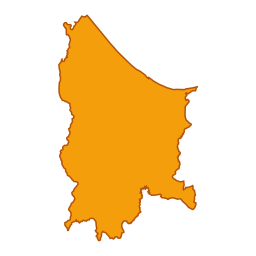 outline of Thepha, Songkhla, Thailand
{"feature_id": "78962969B41607332504146", "entity_name": "Thepha", "entity_type": "district", "adm_level": 2, "iso_a3": "THA", "parent_name": "Thailand", "parent_adm1": "Songkhla", "projection": "equal_earth", "projection_center": [100.93, 6.797], "detail": "fine", "context": "isolated", "style": "filled", "palette": "amber", "viewbox_px": 256, "rotation_deg": 0, "n_neighbors": 0, "source": "geoboundaries", "source_scale": "gbopen_adm2", "svg_char_len": 5786}
<svg xmlns="http://www.w3.org/2000/svg" viewBox="0 0 256 256"><path d="M61.0,160.0L61.8,160.8L61.7,162.1L62.1,162.9L61.9,164.0L62.1,164.8L63.2,166.4L63.7,167.7L65.5,169.1L65.7,171.2L66.1,172.3L66.9,172.9L67.5,175.4L69.7,176.4L70.2,177.3L71.7,178.6L71.9,179.5L74.2,181.6L76.6,181.7L77.5,182.3L78.0,183.4L78.0,184.1L77.6,184.9L73.9,189.4L73.8,190.7L72.4,191.8L71.9,192.7L71.9,193.3L72.3,194.9L74.2,196.9L74.8,199.0L73.4,201.8L71.6,203.2L70.8,205.1L68.8,208.7L68.7,209.6L69.0,210.3L70.4,211.6L70.8,212.5L71.2,215.3L70.5,216.7L70.2,219.5L69.5,220.2L68.1,220.5L66.5,222.0L64.9,222.7L64.9,225.1L67.2,228.2L67.5,229.0L67.6,230.3L67.8,230.5L68.4,230.3L69.0,228.1L70.0,226.6L70.5,225.1L71.5,224.4L71.7,222.7L74.8,221.4L76.3,220.0L76.7,221.5L78.2,221.3L79.1,222.7L79.5,222.9L80.8,221.5L82.3,221.4L83.1,220.4L83.7,220.2L84.3,220.7L86.3,221.1L87.0,220.7L87.3,220.0L89.2,219.9L89.6,218.9L90.0,218.5L92.2,218.3L93.9,218.9L95.9,221.6L96.3,226.5L96.8,227.9L96.1,230.1L95.4,230.6L96.2,232.0L97.3,232.5L97.3,233.1L97.7,233.1L97.9,233.5L97.8,234.5L96.9,235.0L96.2,236.3L97.6,237.3L97.4,238.5L97.9,239.0L98.1,239.8L98.6,240.5L99.2,240.6L100.3,240.0L100.5,238.0L101.4,236.1L101.6,234.5L101.3,233.8L102.6,231.4L103.8,232.2L105.2,232.4L106.0,233.1L109.4,236.9L110.1,238.4L112.0,237.9L113.2,238.9L113.6,238.9L114.7,238.0L114.9,237.1L116.5,236.7L117.2,237.1L118.1,238.1L120.0,238.2L120.8,237.3L121.2,236.3L121.8,233.0L123.8,232.4L123.7,230.9L122.1,228.0L121.7,225.6L121.9,224.0L123.4,221.5L124.4,220.9L126.6,221.2L127.4,222.6L127.9,222.8L128.0,223.2L128.4,223.5L129.7,223.6L130.2,222.8L131.0,223.2L131.4,222.2L131.8,222.2L132.3,221.2L133.8,220.4L134.0,219.3L134.5,219.1L134.7,218.4L136.1,217.1L136.4,216.3L136.8,216.5L137.9,215.7L138.4,214.2L138.4,213.6L140.8,211.9L140.0,211.0L140.0,209.9L139.8,208.7L140.0,207.9L139.4,207.0L139.3,206.3L140.1,204.4L139.5,203.0L140.2,202.5L140.0,201.8L140.3,200.8L140.2,200.5L139.6,200.4L139.4,199.7L140.0,199.4L140.3,198.7L141.4,198.7L142.1,197.8L142.0,196.9L142.4,196.1L142.1,195.3L141.8,195.5L141.5,195.2L141.7,194.5L141.5,193.4L140.5,193.0L141.5,192.4L141.4,192.2L140.9,192.4L140.5,191.9L140.8,191.1L140.7,189.7L141.0,189.4L141.3,190.1L141.6,190.0L141.6,189.4L141.3,188.7L142.1,188.9L142.5,188.2L143.6,188.9L144.5,187.1L145.0,188.8L145.5,189.1L145.8,186.8L146.2,186.4L146.2,188.1L146.6,188.1L147.0,187.5L148.1,187.6L148.1,188.7L149.1,190.1L149.1,190.6L148.6,190.7L147.9,191.5L148.3,192.7L148.6,192.5L148.4,191.6L149.1,191.7L149.7,192.9L149.1,193.2L149.2,193.8L151.5,195.2L155.2,195.1L160.2,194.3L161.3,195.0L160.6,196.6L161.4,196.9L161.8,197.6L166.3,198.4L167.4,198.9L167.5,199.2L168.1,199.3L169.3,198.7L169.3,198.2L171.7,198.0L172.3,197.6L177.5,199.2L179.3,198.8L180.9,199.1L182.6,201.3L186.2,204.5L188.5,207.3L192.5,209.5L193.4,209.2L194.6,207.8L195.9,204.7L195.9,202.9L193.9,202.2L194.6,199.2L194.5,197.0L194.7,195.9L195.4,195.3L194.4,190.3L193.0,189.5L193.0,186.2L192.7,185.6L190.3,186.8L186.6,187.6L185.6,187.5L185.4,188.5L183.5,189.8L183.2,188.2L184.1,184.9L183.7,181.1L181.2,181.8L180.2,181.8L176.3,180.5L175.2,179.4L173.6,178.7L172.6,177.3L172.4,176.5L172.9,175.5L175.4,173.9L175.6,173.1L175.2,171.8L176.3,170.3L177.9,168.9L178.9,168.7L179.0,167.9L179.3,167.3L179.1,166.2L179.8,165.2L179.6,164.5L179.9,164.0L179.9,163.1L179.4,162.9L179.5,161.6L178.6,160.7L178.3,160.8L178.5,159.7L177.9,158.9L178.0,157.7L177.5,157.2L177.8,156.6L178.3,156.5L178.6,155.4L179.6,154.9L179.4,154.2L180.2,153.6L180.1,152.5L179.5,151.8L178.8,151.6L178.6,150.1L178.0,149.5L177.8,147.8L177.4,147.7L177.7,144.2L178.5,144.0L178.7,142.7L178.4,142.3L178.4,141.6L178.2,141.5L178.4,141.0L178.1,139.8L178.6,138.8L178.9,138.6L178.9,138.9L179.1,138.4L180.3,138.5L181.0,137.5L181.4,137.5L181.4,136.6L181.1,136.3L182.2,136.0L182.2,135.5L182.7,135.0L182.6,134.0L183.4,134.0L183.3,133.1L184.1,132.4L184.3,129.9L184.8,129.0L189.2,126.8L191.2,124.8L191.0,123.9L189.5,123.2L186.1,119.8L185.3,117.5L185.0,113.8L185.3,106.4L188.6,102.4L189.2,101.1L187.6,99.4L187.2,99.4L186.4,100.4L185.5,99.5L185.3,98.5L185.3,97.2L185.8,96.4L186.6,95.8L186.8,95.3L186.6,94.7L186.2,94.4L185.7,93.4L186.3,92.9L187.4,93.7L188.0,93.8L192.9,90.6L195.4,90.8L195.9,89.8L196.1,88.0L197.0,87.3L197.1,86.8L192.6,87.9L186.0,88.9L184.4,89.6L176.5,89.4L174.1,89.6L172.6,89.4L167.2,87.8L159.1,84.3L153.9,81.3L148.7,77.4L148.2,77.4L148.3,78.4L146.5,77.0L145.6,75.5L144.6,74.6L140.3,71.4L136.3,69.3L130.8,64.7L118.1,52.3L110.1,43.3L87.2,15.4L86.9,15.4L85.3,16.9L84.2,16.9L81.8,16.2L79.2,20.0L78.1,22.0L76.9,22.4L75.0,22.2L75.9,23.4L75.4,25.1L74.1,26.1L73.6,27.8L72.1,29.7L70.8,29.3L70.3,28.3L70.3,27.4L71.2,25.8L70.9,25.0L70.1,24.6L68.1,24.7L67.4,24.3L66.2,22.7L64.9,22.7L63.7,24.1L63.5,25.1L64.8,27.3L65.9,28.5L66.2,29.2L66.4,34.4L67.0,35.0L67.9,34.6L68.5,35.3L69.4,36.7L69.9,38.4L70.3,38.7L70.3,40.3L69.0,44.7L69.2,45.7L69.6,46.3L69.6,47.5L68.5,48.4L67.8,50.1L67.0,50.8L67.9,52.6L67.8,52.9L67.2,53.1L67.5,54.4L66.8,55.3L67.2,57.3L66.8,57.3L66.8,56.4L66.6,56.3L65.9,58.2L65.3,58.5L64.5,59.6L64.7,60.2L64.0,61.4L62.8,61.3L62.2,60.7L62.1,59.8L61.7,60.4L61.5,60.1L61.2,61.8L59.0,64.5L58.9,66.0L59.3,67.3L59.2,68.8L59.6,69.6L59.6,70.3L60.3,72.3L59.8,73.8L59.8,74.6L60.1,76.3L60.5,76.9L60.5,77.4L60.4,80.4L59.3,82.8L59.0,88.7L59.2,93.1L60.4,97.1L62.5,100.4L63.9,100.5L65.4,101.6L66.2,101.5L68.2,102.9L69.8,103.5L70.1,106.5L70.7,108.1L70.1,109.2L70.0,110.3L71.5,112.2L71.7,114.3L73.5,115.6L73.9,116.7L73.5,118.2L72.2,118.6L72.4,121.9L70.6,124.8L70.3,127.7L68.8,128.6L69.1,130.6L69.9,131.7L70.0,133.6L69.4,134.4L68.5,136.6L67.3,137.2L66.6,138.2L67.2,139.8L68.3,140.6L68.6,141.3L68.6,142.1L68.0,143.4L67.9,144.3L67.2,145.0L66.6,145.3L64.5,145.4L63.1,146.6L62.8,147.0L62.8,147.8L62.9,149.3L62.6,149.8L61.5,150.0L60.4,151.1L60.4,151.9L61.1,153.1L60.0,154.5L59.8,156.8L60.8,158.4L61.0,160.0Z" fill="#f59e0b" stroke="#b45309" stroke-width="1.5"/></svg>